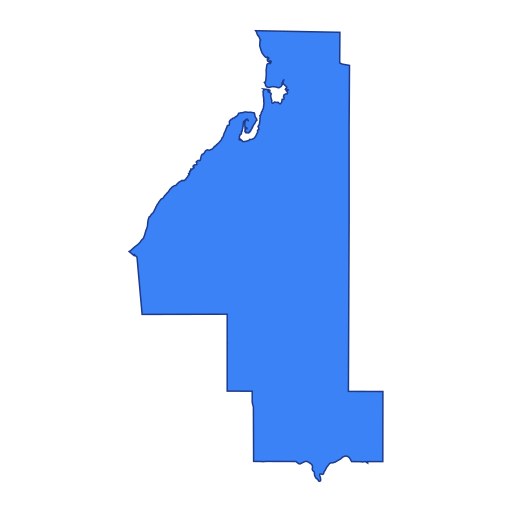 Barunga West, South Australia, Australia (Albers equal-area conic projection)
{"feature_id": "25037944B23405884319913", "entity_name": "Barunga West", "entity_type": "district", "adm_level": 2, "iso_a3": "AUS", "parent_name": "Australia", "parent_adm1": "South Australia", "projection": "albers", "projection_center": [137.906, -33.795], "detail": "fine", "context": "isolated", "style": "filled", "palette": "blue", "viewbox_px": 512, "rotation_deg": 0, "n_neighbors": 0, "source": "geoboundaries", "source_scale": "gbopen_adm2", "svg_char_len": 5918}
<svg xmlns="http://www.w3.org/2000/svg" viewBox="0 0 512 512"><path d="M255.6,30.7L256.3,31.7L257.3,34.5L257.9,35.6L258.3,35.7L259.2,37.2L259.5,38.2L260.0,39.1L260.1,39.9L260.5,40.1L260.0,40.7L259.7,45.8L261.1,50.5L262.1,53.0L264.0,55.6L265.4,57.1L266.8,57.7L266.9,57.3L266.5,56.7L267.3,57.2L268.2,57.5L268.8,57.9L268.7,58.3L267.9,58.4L267.9,58.8L268.1,59.2L267.6,59.3L267.3,59.6L267.5,60.8L267.8,61.2L268.2,61.4L269.1,61.3L269.4,61.6L269.3,62.2L269.7,61.8L270.1,61.7L270.3,62.3L270.5,61.5L269.8,61.2L269.9,60.7L271.1,61.2L271.2,61.4L270.8,62.7L270.5,63.2L267.6,63.8L267.1,64.3L266.8,65.2L266.1,70.4L266.3,73.8L265.8,80.3L265.2,82.3L265.0,82.5L264.4,82.3L264.3,82.5L264.9,83.2L265.6,84.7L265.6,85.7L266.8,86.9L268.4,87.5L269.5,87.4L270.7,87.0L272.7,86.6L276.0,87.0L278.0,87.7L279.1,87.7L281.2,86.4L281.8,85.3L282.1,83.7L282.6,84.3L282.8,84.1L282.9,83.7L282.5,82.9L282.6,82.1L283.2,80.6L283.8,79.9L283.9,80.0L283.4,80.8L283.0,82.3L283.2,83.4L283.4,83.9L284.3,84.8L286.8,87.0L286.6,87.7L285.6,88.8L285.4,89.2L288.1,89.7L288.3,89.9L288.1,90.1L287.1,90.1L286.2,90.7L287.3,91.9L287.5,93.0L287.3,93.8L285.4,94.0L283.9,95.0L283.5,97.0L284.0,97.4L284.1,98.3L284.0,98.9L283.2,99.6L282.4,99.2L282.1,99.3L281.7,101.9L281.2,102.9L280.2,103.9L279.5,103.6L278.0,102.2L277.1,102.5L274.4,102.0L273.3,103.1L272.7,103.2L272.1,103.0L271.7,102.3L271.8,100.3L271.2,98.7L270.7,96.3L270.7,95.4L271.1,94.4L271.2,93.8L270.8,93.1L268.7,92.2L268.2,91.7L268.0,91.2L268.1,90.8L268.4,90.7L269.9,91.1L270.0,90.6L269.8,90.3L269.2,89.9L266.9,89.4L263.3,89.0L264.2,89.7L263.7,90.2L263.0,91.4L263.2,93.4L263.2,95.5L263.7,98.3L263.8,102.3L264.0,103.3L263.4,107.9L263.0,109.2L262.4,110.1L262.4,111.1L261.7,111.7L261.3,112.5L261.2,113.4L260.9,114.4L260.5,115.1L259.8,115.6L260.3,117.1L259.9,118.5L260.0,119.8L259.7,122.1L259.5,122.5L259.6,123.2L259.2,124.6L258.0,126.5L258.7,128.1L258.8,129.5L257.9,129.9L257.5,130.5L257.6,132.2L257.5,132.7L257.0,133.3L255.8,136.0L254.2,138.2L252.3,139.2L250.7,139.5L249.7,139.4L248.8,140.5L245.9,141.3L243.9,141.6L242.7,141.5L242.2,140.8L241.5,140.6L241.2,140.2L239.9,140.1L239.1,139.3L239.3,139.2L240.6,139.4L239.4,138.4L239.3,137.5L239.5,136.7L239.4,136.3L240.1,135.1L239.9,134.7L240.9,134.3L241.2,133.8L241.4,133.7L241.5,133.1L241.4,131.7L241.5,131.5L241.9,131.5L242.2,130.7L242.3,129.5L242.8,128.0L242.8,126.7L243.3,126.1L243.1,125.8L243.1,125.1L243.5,121.9L244.3,121.0L245.6,120.1L245.9,119.5L246.7,119.2L247.4,119.2L248.0,120.0L248.4,121.0L248.6,121.1L247.5,119.7L246.7,119.5L245.8,120.3L244.9,122.0L244.7,123.0L245.0,127.4L245.3,127.0L245.6,127.3L245.4,127.5L246.5,127.9L246.3,128.1L246.7,128.5L246.1,128.5L245.5,127.7L245.2,127.9L245.2,128.3L245.8,128.6L246.0,128.9L245.9,129.0L245.6,128.7L245.4,128.9L245.2,128.6L245.1,129.6L245.2,130.0L244.9,130.2L245.0,131.0L245.2,131.3L245.0,131.6L245.8,131.9L245.8,132.1L245.4,132.0L245.5,132.4L245.6,132.6L246.2,132.8L248.6,132.9L249.1,132.6L249.1,132.3L249.3,132.1L249.8,132.0L250.2,131.5L250.9,130.5L249.7,131.7L249.4,131.9L250.8,130.4L251.9,128.7L252.3,127.6L251.6,127.5L252.6,127.2L253.6,124.7L254.5,123.9L256.1,120.8L256.5,120.5L256.7,119.9L256.9,119.9L256.4,118.4L255.7,117.7L255.0,116.2L254.8,115.4L254.9,115.0L254.3,112.9L251.9,112.5L251.0,112.2L247.8,112.3L245.8,111.9L243.8,112.2L242.9,112.7L241.3,112.7L238.6,113.3L237.9,114.9L237.2,115.9L236.3,116.2L235.8,116.8L235.1,117.0L234.8,117.6L234.3,118.0L233.0,118.1L232.1,119.1L231.2,119.2L230.6,120.2L230.0,120.4L229.3,121.7L229.5,123.4L229.2,124.9L228.8,125.4L227.7,125.4L227.0,126.2L226.9,127.4L226.4,128.0L225.3,131.0L224.3,132.9L223.1,136.8L222.1,137.8L221.6,139.3L220.9,140.4L218.4,143.2L217.5,143.9L217.0,144.6L216.5,144.6L216.3,145.1L215.6,145.9L215.0,146.1L214.8,146.5L214.2,146.6L214.1,147.1L212.6,148.8L209.3,150.3L207.3,149.8L205.4,150.9L204.8,152.2L203.6,153.8L203.2,154.1L202.6,154.1L202.0,154.5L201.5,155.3L201.2,156.2L200.2,160.4L199.0,160.6L198.7,160.4L198.3,160.4L196.4,161.6L196.2,162.1L196.8,162.8L196.8,164.5L196.5,164.7L194.3,164.9L194.0,165.4L193.5,165.6L193.5,166.1L193.1,166.3L193.1,167.0L194.0,167.3L193.6,168.3L192.3,169.1L190.8,169.0L190.7,169.4L191.0,170.2L190.5,170.5L190.3,171.2L189.6,171.3L189.5,173.5L188.6,173.6L188.7,173.9L189.2,174.4L189.1,174.7L188.0,175.9L187.5,177.0L186.6,177.9L185.9,179.0L184.6,180.3L184.4,180.3L183.7,181.1L183.9,180.4L183.0,180.4L182.8,180.7L181.8,180.4L180.9,181.2L179.3,181.9L177.1,183.9L176.4,185.1L174.0,185.9L172.0,187.2L169.7,189.6L169.3,190.4L168.1,192.1L166.4,193.7L165.7,194.8L164.8,195.5L163.1,198.1L162.6,198.5L161.8,198.7L161.0,199.2L158.6,202.4L158.0,203.7L157.1,204.7L156.5,206.2L155.8,207.1L155.6,208.0L154.5,210.0L154.0,211.3L152.6,213.4L151.4,214.2L150.3,216.2L149.2,216.8L148.2,219.6L147.8,222.0L147.4,226.5L146.8,228.2L146.7,229.0L146.1,229.8L144.6,235.1L143.6,237.8L142.9,238.9L142.0,239.6L141.1,240.7L140.1,242.3L137.5,244.8L134.3,247.2L130.5,250.7L129.1,251.5L134.0,255.6L134.4,254.7L137.0,257.2L142.1,314.4L227.2,314.2L227.2,342.4L227.4,343.0L227.2,343.1L227.2,391.1L252.2,391.2L252.2,402.4L253.4,407.0L253.6,461.4L261.5,461.5L263.7,461.7L264.5,461.5L267.2,461.4L296.0,461.5L298.2,463.4L299.0,463.8L300.1,463.9L304.5,461.7L305.7,461.4L307.2,461.5L308.4,462.1L311.6,464.3L312.1,465.2L312.5,466.7L312.5,467.5L312.2,468.9L312.3,469.7L312.8,470.6L314.3,472.0L314.5,474.8L314.8,476.0L316.2,478.4L317.3,479.1L318.0,479.8L318.7,481.1L319.3,481.3L320.3,481.0L320.5,480.7L320.7,479.9L320.4,477.5L319.6,475.2L319.7,474.6L320.0,474.1L320.5,473.9L321.0,473.9L322.2,474.4L322.9,474.3L323.5,473.8L324.1,471.8L325.3,470.1L326.5,467.6L329.4,463.7L330.7,462.9L332.8,462.8L335.0,462.2L340.5,459.0L342.7,457.1L344.7,456.2L346.4,456.1L347.5,456.4L348.7,457.1L349.6,458.0L351.6,461.6L361.6,461.7L362.1,462.0L362.6,462.0L363.2,461.7L366.1,461.7L366.3,462.2L367.7,463.1L367.7,461.6L382.8,461.6L382.9,391.5L348.4,391.4L349.1,221.7L349.1,128.0L349.5,65.4L342.2,64.1L339.7,62.9L339.9,32.3L255.6,30.7Z" fill="#3b82f6" stroke="#1e3a8a" stroke-width="1.5"/></svg>